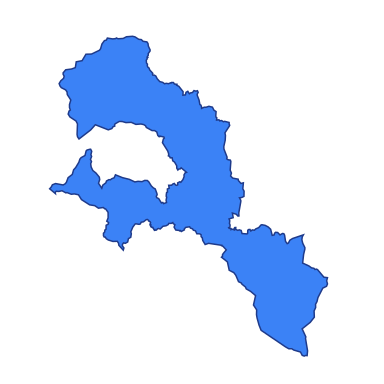 Riobamba, Chimborazo, Ecuador (Albers equal-area conic projection), rotated 189°
{"feature_id": "8360857B36561787951803", "entity_name": "Riobamba", "entity_type": "district", "adm_level": 2, "iso_a3": "ECU", "parent_name": "Ecuador", "parent_adm1": "Chimborazo", "projection": "albers", "projection_center": [-78.614, -1.707], "detail": "fine", "context": "isolated", "style": "filled", "palette": "blue", "viewbox_px": 384, "rotation_deg": 189, "n_neighbors": 0, "source": "geoboundaries", "source_scale": "gbopen_adm2", "svg_char_len": 6072}
<svg xmlns="http://www.w3.org/2000/svg" viewBox="0 0 384 384"><g transform="rotate(189 192 192)"><path d="M55.5,47.5L54.3,48.3L52.7,48.4L53.0,53.2L57.0,65.2L56.9,66.7L61.8,74.1L54.8,81.8L51.6,87.5L52.8,93.6L51.8,97.2L52.4,100.5L51.4,103.3L51.1,107.4L47.8,117.5L44.4,119.9L43.8,122.4L45.1,125.3L44.8,128.6L48.4,128.5L55.9,135.0L57.2,135.3L58.4,134.7L59.6,135.7L62.1,135.8L64.8,137.2L71.6,139.1L72.0,147.8L71.6,153.1L71.8,154.7L74.6,158.7L76.0,162.0L76.1,164.9L75.3,167.1L85.4,161.8L87.8,159.7L88.8,156.7L89.9,155.9L91.9,157.9L93.8,163.9L94.8,165.2L96.1,165.2L98.4,163.4L101.0,165.4L103.1,165.3L104.0,164.2L104.2,162.4L106.0,161.7L108.5,167.5L111.3,169.4L114.5,170.5L117.9,170.6L118.8,170.1L120.5,167.3L123.3,165.5L124.4,164.0L126.5,164.0L127.8,162.7L128.9,164.1L130.4,163.7L130.9,162.9L130.6,159.7L131.2,159.2L136.1,158.8L137.4,161.7L139.4,162.0L140.8,161.3L143.0,161.9L143.2,163.8L144.2,163.6L144.7,162.5L144.3,161.2L146.9,161.6L147.5,161.0L147.8,162.0L149.6,161.9L150.2,162.5L149.1,163.3L149.2,165.3L150.1,166.8L150.2,169.5L151.2,171.2L147.3,173.1L148.8,177.5L144.9,177.0L142.8,175.4L141.9,175.7L142.5,178.6L142.3,190.2L142.5,191.4L144.2,193.7L142.1,194.3L140.0,195.8L140.7,201.0L142.3,203.1L142.7,209.1L145.0,208.1L148.0,210.6L148.4,211.9L154.0,212.1L156.4,213.9L156.0,216.8L157.7,219.6L158.4,228.2L159.1,229.5L161.4,229.5L162.9,230.2L162.8,231.9L167.2,239.5L167.7,241.9L167.3,248.3L167.8,253.1L168.7,255.6L165.5,262.8L165.2,263.9L165.9,264.8L166.2,266.5L170.8,266.9L172.0,266.3L173.9,267.2L175.8,266.6L176.2,267.3L177.3,267.4L179.0,266.9L179.1,269.2L180.0,269.7L180.4,270.8L180.8,275.2L183.2,276.3L185.1,279.0L188.7,279.3L191.4,277.9L193.1,277.7L195.6,276.1L196.0,277.8L196.9,279.3L197.9,279.6L199.4,283.9L201.8,288.0L202.2,289.3L201.5,291.4L202.5,292.9L203.9,292.2L205.9,292.5L207.1,290.3L208.9,289.7L210.0,288.6L211.9,290.8L213.5,289.5L213.7,286.9L216.1,286.2L216.5,289.7L221.5,294.3L223.9,295.1L223.7,296.0L226.3,295.9L227.4,297.2L229.3,297.0L229.8,296.3L230.2,296.5L232.1,295.3L234.5,295.3L236.0,294.6L238.1,295.7L241.1,296.0L244.1,298.4L245.9,300.9L247.5,301.5L249.0,301.3L249.5,302.3L249.3,303.1L252.8,305.9L253.9,307.8L254.9,308.2L255.9,309.6L256.0,311.3L257.1,312.2L257.8,315.0L257.1,316.5L257.4,317.5L256.7,318.0L257.3,318.7L256.6,320.2L256.9,321.9L255.5,324.6L255.6,325.8L257.9,329.2L258.7,331.8L260.0,333.2L263.9,333.2L265.9,334.6L268.5,334.5L272.6,336.3L275.1,336.5L281.0,335.1L284.0,332.9L289.0,331.8L290.8,332.3L291.4,331.6L294.2,330.8L299.7,330.8L300.3,328.7L302.2,327.8L304.1,324.1L304.7,319.2L305.6,317.5L312.9,312.5L318.3,311.5L321.1,304.5L326.7,302.5L326.7,296.6L330.3,294.6L335.8,293.0L336.2,292.4L337.9,289.6L337.7,288.1L336.4,286.4L336.6,284.2L339.0,281.3L340.2,278.3L338.9,276.0L337.4,274.6L332.8,273.1L331.1,271.3L330.4,268.7L326.1,263.9L326.7,259.2L326.2,256.2L325.0,253.9L326.1,252.7L326.5,249.6L324.3,247.0L317.7,244.0L315.8,241.4L314.5,230.8L313.7,228.6L311.9,226.7L301.8,237.4L298.0,243.3L284.4,240.3L281.1,242.1L280.2,244.1L278.6,245.0L279.0,246.2L278.6,247.3L274.9,250.3L272.0,250.7L268.1,250.2L262.9,251.3L258.0,250.0L253.0,251.2L250.2,251.0L248.3,250.2L247.2,248.6L241.0,246.4L238.5,246.8L236.2,245.8L234.6,242.5L233.2,241.5L232.5,241.6L232.4,242.2L228.4,241.9L227.8,240.9L228.6,239.8L228.9,236.1L222.4,228.7L220.9,225.8L221.0,224.0L219.8,223.7L218.8,222.3L217.0,222.7L215.9,219.8L213.9,218.8L211.2,215.5L210.8,213.2L209.4,211.5L208.6,212.6L207.2,213.0L206.5,214.2L200.5,210.6L201.8,209.8L202.6,207.6L202.2,206.0L202.9,202.8L204.6,199.8L205.6,200.2L207.6,198.8L207.2,196.9L208.1,196.2L209.3,196.3L210.8,197.7L212.2,196.9L213.2,195.5L216.1,195.0L215.1,192.2L216.8,191.1L216.2,188.1L217.0,187.5L217.0,185.6L216.8,183.7L216.2,183.0L216.3,179.8L215.5,177.6L218.2,176.1L219.2,177.1L220.5,176.4L223.9,180.3L226.0,180.9L226.6,182.2L226.0,183.8L226.4,185.0L228.8,189.3L230.8,190.0L233.1,191.6L236.3,195.3L238.0,196.4L240.6,196.0L243.0,194.4L247.0,194.1L250.0,193.0L255.9,194.7L262.9,195.3L270.3,197.0L271.1,193.9L273.4,192.5L274.5,191.3L276.0,191.2L278.2,189.5L278.5,187.6L281.2,184.8L281.7,181.6L285.7,186.0L285.1,189.8L285.9,192.2L289.8,195.7L293.3,197.7L295.5,200.9L296.5,204.1L296.0,206.3L297.4,208.3L296.7,211.4L297.7,213.1L297.4,216.5L298.8,218.4L299.7,218.2L302.3,217.0L303.0,216.0L303.4,211.3L306.9,208.6L307.9,206.9L308.4,203.7L310.7,198.0L312.4,195.4L313.0,190.6L316.6,186.8L317.6,181.9L318.6,180.2L320.4,178.8L328.1,179.0L331.0,177.3L331.8,174.9L333.1,172.9L326.7,169.1L327.1,170.2L326.2,171.5L323.6,171.7L320.6,172.9L316.4,171.4L315.4,171.9L310.9,170.9L307.9,171.7L303.7,171.5L300.0,167.2L291.1,163.3L285.9,163.3L281.9,161.4L277.2,162.8L275.5,161.7L274.7,161.8L271.7,158.8L270.8,153.3L271.6,149.8L269.6,148.8L269.7,147.2L271.6,145.7L271.1,141.8L272.1,140.8L272.0,138.8L273.0,137.4L272.6,135.0L271.7,133.8L270.6,133.9L269.4,132.5L267.2,131.5L262.4,130.8L258.1,131.6L256.6,130.0L255.9,127.9L250.8,123.8L250.5,126.1L252.3,127.9L252.5,129.3L251.7,131.0L249.8,130.9L247.7,132.6L247.5,136.0L245.4,137.7L245.4,141.3L246.2,143.1L245.0,148.0L243.3,151.3L242.6,151.8L239.2,151.8L238.0,152.4L237.5,154.2L235.2,155.0L232.9,157.5L231.8,157.9L230.3,157.1L230.3,156.6L228.6,156.0L228.1,155.2L228.4,153.7L227.7,153.3L228.2,152.8L227.1,151.9L227.3,151.3L225.5,150.6L225.2,150.9L223.6,148.8L223.0,149.0L222.9,148.3L221.1,148.9L220.4,150.2L219.4,150.7L217.6,150.5L215.3,153.6L212.3,154.6L210.4,156.1L210.1,157.3L207.5,157.8L206.2,158.8L205.7,157.9L203.8,157.0L204.2,154.5L202.1,151.9L198.4,152.0L197.9,151.6L197.4,152.1L196.4,151.3L193.6,153.4L193.8,154.4L192.6,156.1L188.9,157.3L187.9,156.1L185.7,155.7L184.7,154.5L182.5,154.2L180.7,151.5L178.0,151.9L176.4,151.3L176.0,149.3L174.7,148.4L173.8,145.8L170.8,142.2L167.6,143.9L154.3,144.0L154.4,143.6L152.9,143.2L149.1,140.2L151.6,136.0L152.1,134.6L151.8,133.3L152.7,132.2L146.1,128.5L143.0,120.5L138.1,118.9L135.7,116.6L132.0,110.7L129.0,109.8L128.3,108.8L124.3,106.5L123.3,104.8L118.5,103.0L113.0,99.6L113.6,90.0L109.7,85.7L109.1,80.9L108.0,77.7L105.0,71.1L102.1,66.2L75.5,53.7L71.8,52.3L69.0,52.8L66.7,51.8L59.8,50.9L57.6,47.9L55.5,47.5Z" fill="#3b82f6" stroke="#1e3a8a" stroke-width="1.5"/></g></svg>